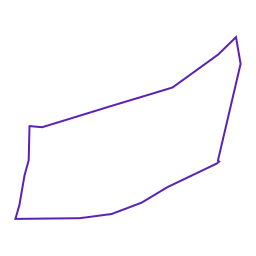 26, Ad Dawhah, Qatar
{"feature_id": "91078587B74187630814278", "entity_name": "26", "entity_type": "district", "adm_level": 2, "iso_a3": "QAT", "parent_name": "Qatar", "parent_adm1": "Ad Dawhah", "projection": "albers", "projection_center": [51.545, 25.271], "detail": "fine", "context": "isolated", "style": "outline", "palette": "violet", "viewbox_px": 256, "rotation_deg": 0, "n_neighbors": 0, "source": "geoboundaries", "source_scale": "gbopen_adm2", "svg_char_len": 377}
<svg xmlns="http://www.w3.org/2000/svg" viewBox="0 0 256 256"><path d="M15.4,218.9L79.5,218.2L111.5,214.0L141.5,202.7L167.3,187.2L217.0,163.4L219.1,161.6L218.7,161.3L217.9,160.7L240.6,63.9L236.0,37.1L222.3,50.5L218.2,54.5L172.5,87.5L110.8,106.1L42.2,127.2L29.6,126.1L29.5,126.4L28.7,160.2L24.5,175.5L19.4,205.1L15.4,218.9Z" fill="none" stroke="#5b21b6" stroke-width="2"/></svg>